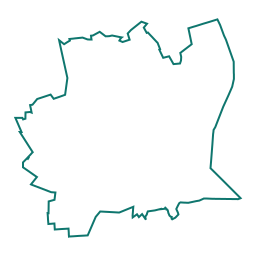 outline of Aramberri, Nuevo León, Mexico
{"feature_id": "50627088B96452215703720", "entity_name": "Aramberri", "entity_type": "district", "adm_level": 2, "iso_a3": "MEX", "parent_name": "Mexico", "parent_adm1": "Nuevo León", "projection": "orthographic", "projection_center": [-99.903, 24.223], "detail": "fine", "context": "isolated", "style": "outline", "palette": "teal", "viewbox_px": 256, "rotation_deg": 0, "n_neighbors": 0, "source": "geoboundaries", "source_scale": "gbopen_adm2", "svg_char_len": 2664}
<svg xmlns="http://www.w3.org/2000/svg" viewBox="0 0 256 256"><path d="M141.4,21.7L131.0,30.0L127.7,33.5L129.6,39.7L122.6,42.0L119.4,40.6L119.9,39.7L120.4,38.7L120.7,38.5L120.9,38.3L120.9,37.9L121.3,37.7L121.7,37.4L120.5,37.2L120.0,37.1L112.1,35.5L109.1,36.2L105.6,36.3L99.7,31.8L94.0,34.9L93.5,35.2L93.4,35.2L92.9,35.5L92.0,35.6L91.0,35.7L91.1,36.4L91.2,37.5L91.5,39.5L88.8,39.5L87.4,39.4L87.2,39.3L82.6,37.6L74.8,38.4L74.0,38.5L73.3,38.6L72.2,38.7L71.2,38.8L69.4,39.0L69.9,40.6L67.7,41.9L67.6,42.0L67.2,42.2L64.1,44.2L59.1,40.2L61.1,49.5L67.4,78.0L65.1,94.8L59.8,96.7L53.7,98.8L50.6,94.6L40.9,97.8L37.2,99.0L35.8,100.7L32.5,104.7L30.1,105.1L31.6,112.6L30.0,112.0L25.5,112.4L25.4,118.7L23.1,119.4L22.4,117.9L15.4,117.9L21.5,132.0L19.8,132.0L32.7,152.2L31.7,153.2L31.1,153.9L30.5,154.6L30.2,154.9L28.1,157.1L28.7,157.5L28.3,158.2L27.9,158.8L27.2,158.1L23.0,162.4L23.0,166.1L23.0,167.3L35.0,175.7L36.9,177.0L31.0,184.4L32.1,184.9L51.2,192.2L55.4,192.5L54.5,199.8L48.7,201.4L48.6,208.5L48.5,213.2L47.6,213.1L47.9,217.1L48.0,219.5L48.4,224.0L54.4,223.5L54.8,229.5L62.0,229.0L67.2,228.7L68.5,228.6L68.8,233.1L68.8,234.3L69.0,236.6L69.4,236.5L73.1,236.3L78.9,235.9L82.5,235.7L84.4,235.6L87.7,235.4L92.3,224.8L92.5,224.3L95.7,216.9L100.2,211.5L113.2,212.2L118.4,212.5L118.7,212.5L119.3,212.5L131.3,207.6L131.6,207.5L132.1,207.3L133.3,206.8L133.0,210.3L133.0,210.7L132.6,215.6L132.7,217.4L137.0,214.3L138.1,215.9L138.9,217.1L142.1,214.1L145.9,219.7L145.2,216.8L146.8,214.5L147.1,213.2L147.8,211.4L154.9,210.4L159.3,209.3L160.1,209.1L160.0,209.3L164.5,208.8L165.3,207.7L165.8,208.1L166.4,209.5L167.3,209.5L168.0,211.1L168.1,211.8L168.5,213.4L168.9,214.1L169.4,215.5L170.7,216.7L171.7,216.9L171.6,218.7L172.2,219.3L175.3,217.7L178.4,214.5L178.1,213.2L177.6,211.9L176.7,210.0L176.3,209.0L177.4,206.7L178.6,204.3L179.4,203.0L180.5,202.4L183.6,202.6L188.3,202.8L192.1,202.0L196.3,201.1L199.3,200.6L203.9,198.5L206.1,198.5L208.1,198.6L212.3,198.8L237.2,199.1L237.9,199.2L240.4,198.3L240.6,198.2L231.3,188.9L219.8,177.4L210.5,168.2L211.1,161.0L212.1,148.0L212.4,144.2L213.1,134.1L213.4,132.0L213.6,129.9L215.3,127.1L223.2,106.8L228.5,95.2L232.2,86.7L233.9,79.0L233.9,74.2L233.8,73.1L233.7,61.7L226.1,40.1L225.5,38.7L224.1,35.8L224.1,35.7L223.9,35.3L220.1,25.0L217.4,19.4L209.7,21.8L207.0,22.6L206.7,22.7L203.6,23.6L195.7,26.1L193.9,26.6L188.4,28.3L191.7,44.2L180.3,52.9L181.2,56.9L181.0,60.5L180.0,63.5L173.5,64.1L169.1,56.3L163.2,57.8L163.1,57.6L160.7,52.6L159.3,49.6L160.1,49.2L157.5,42.6L156.7,42.0L156.5,41.7L153.6,38.6L153.1,38.1L152.8,37.7L150.3,35.1L150.0,34.8L147.9,32.5L146.7,32.9L143.8,27.6L147.0,23.7L141.4,21.7Z" fill="none" stroke="#0f766e" stroke-width="2"/></svg>